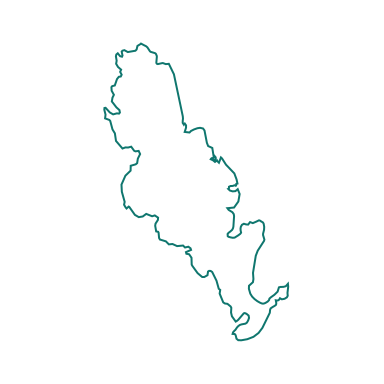 outline of Dumfries and Galloway, rotated 255°
{"feature_id": "GBR-2138", "entity_name": "Dumfries and Galloway", "entity_type": "Unitary District", "adm_level": 1, "iso_a3": "GBR", "parent_name": "United Kingdom", "parent_adm1": "", "projection": "equal_earth", "projection_center": [-4.095, 55.048], "detail": "fine", "context": "isolated", "style": "outline", "palette": "teal", "viewbox_px": 384, "rotation_deg": 255, "n_neighbors": 0, "source": "natural_earth", "source_scale": "10m", "svg_char_len": 4016}
<svg xmlns="http://www.w3.org/2000/svg" viewBox="0 0 384 384"><g transform="rotate(255 192 192)"><path d="M348.5,181.2L345.6,184.3L345.1,185.0L344.1,185.8L343.1,186.4L338.8,187.8L338.1,188.3L335.9,191.9L335.4,192.5L334.7,192.9L332.5,193.2L331.6,193.0L326.4,191.1L325.7,191.0L324.9,191.3L324.4,192.1L324.2,196.4L324.1,197.2L322.3,199.8L321.8,202.8L310.4,205.0L267.6,202.7L265.3,202.3L263.2,201.5L261.2,200.9L259.3,201.5L259.7,201.8L259.8,201.9L259.9,202.0L260.1,202.7L257.9,203.5L255.7,202.9L251.9,200.5L250.1,205.0L251.2,206.8L251.9,210.1L252.2,213.7L251.9,216.4L250.5,219.1L248.2,220.0L235.7,219.1L232.2,219.5L229.3,223.0L219.7,222.0L220.1,222.8L220.7,223.2L219.4,223.8L218.4,223.7L217.6,223.0L216.9,222.0L218.4,219.9L219.1,220.1L219.7,220.9L219.5,219.7L219.3,219.2L218.8,218.6L217.2,220.5L215.1,222.0L215.8,223.7L216.1,224.3L215.2,224.5L213.3,225.6L217.9,228.9L216.6,229.7L209.6,231.9L199.0,237.7L192.6,238.3L188.4,238.1L188.4,236.9L187.9,236.7L187.5,236.6L187.0,236.3L186.7,235.9L187.1,235.4L187.5,234.8L187.5,234.7L187.3,233.0L187.8,230.8L187.5,229.1L185.7,228.5L185.6,227.8L183.6,229.0L182.1,231.4L181.6,234.2L182.9,236.9L177.7,237.5L170.8,234.3L166.1,228.6L167.2,222.0L165.2,222.8L162.0,225.8L159.8,226.6L157.8,226.4L147.8,223.0L146.2,222.1L145.0,220.9L143.8,218.5L143.1,216.7L142.2,215.5L140.0,215.1L139.2,215.8L138.2,217.5L137.2,219.6L136.9,221.4L138.1,225.3L139.1,227.8L140.0,228.9L142.2,229.0L144.1,229.4L145.8,230.2L147.4,231.8L147.9,233.9L146.7,235.8L146.0,237.8L147.9,240.3L146.2,242.7L146.7,246.2L147.3,249.4L146.4,250.7L145.7,251.1L145.0,251.9L144.1,252.7L142.7,253.0L139.6,252.7L136.8,251.8L133.4,249.9L132.1,249.5L127.3,249.6L126.1,248.9L118.3,240.3L113.9,237.1L98.1,230.0L92.0,228.8L89.1,227.5L86.7,222.8L83.8,221.9L78.7,222.0L75.4,223.0L72.4,224.7L69.7,226.8L67.6,228.9L66.4,230.4L65.9,231.3L65.7,232.2L65.7,233.4L66.0,234.8L66.6,236.8L67.7,238.5L69.0,239.2L69.9,241.0L71.4,245.0L73.6,248.9L77.4,251.3L77.4,252.8L76.7,255.8L76.7,257.4L76.7,258.2L78.5,260.9L75.6,260.4L69.8,258.1L67.0,257.6L65.7,256.4L64.9,253.8L65.1,251.0L66.6,249.5L65.6,248.5L65.1,247.4L65.1,246.2L65.7,244.9L63.2,244.7L62.1,244.4L61.2,243.8L60.6,242.3L60.0,240.0L59.2,237.8L57.9,236.9L55.2,235.9L42.5,224.8L38.6,219.8L36.2,213.9L35.5,207.3L36.0,201.3L36.9,198.3L38.8,197.0L41.7,197.1L43.2,196.9L43.8,196.4L44.4,194.5L45.8,195.3L47.1,197.2L47.5,198.1L49.5,200.4L50.5,202.0L51.2,203.8L51.3,205.6L51.0,209.6L51.6,211.2L53.4,213.0L55.6,214.5L58.0,214.7L60.4,213.0L60.8,212.3L61.4,211.7L61.4,210.6L56.6,203.6L55.9,202.1L55.5,200.7L61.6,198.4L65.4,198.5L70.0,200.0L71.4,199.7L74.8,197.3L75.8,194.9L77.3,193.6L86.7,192.4L90.1,193.9L91.6,192.8L100.0,192.7L109.5,190.8L110.9,189.6L111.4,188.1L111.0,186.9L107.6,185.4L106.7,181.8L107.3,179.8L112.2,176.4L120.3,173.3L121.9,172.9L128.6,174.5L131.5,173.5L132.7,173.0L133.8,170.6L135.5,170.6L136.3,176.1L138.0,176.0L140.1,174.3L140.2,170.9L142.6,169.5L143.6,163.6L146.8,159.7L147.4,156.1L151.1,154.0L154.4,148.7L156.1,148.3L161.4,149.2L162.3,149.0L163.2,147.2L168.9,147.7L170.9,148.6L173.8,151.8L176.0,152.6L179.0,150.0L178.9,147.2L182.7,142.1L181.1,138.1L181.5,134.1L184.7,130.9L193.7,127.6L194.3,127.1L193.0,124.5L194.3,123.9L196.4,123.3L197.3,123.1L199.9,124.4L210.4,124.3L217.4,125.8L225.0,131.9L228.5,138.2L233.2,139.6L233.3,144.8L234.1,146.5L238.2,148.3L242.1,151.7L245.5,151.1L245.9,147.9L246.8,146.8L251.5,145.0L251.5,141.8L252.3,139.2L252.0,136.1L261.0,131.8L268.6,132.7L273.0,131.4L281.8,131.4L283.0,130.8L285.6,127.1L289.1,128.5L294.2,128.6L295.8,129.2L295.7,130.3L290.1,133.2L287.4,135.9L287.4,139.8L286.6,141.8L287.4,142.9L289.9,143.1L293.3,140.9L300.2,138.0L303.7,139.6L306.1,141.7L310.6,140.6L314.1,141.3L314.9,142.3L314.9,145.0L320.5,148.8L322.2,151.1L322.0,153.1L323.5,154.4L326.6,153.7L328.5,155.2L331.9,152.9L335.5,151.9L338.3,153.2L342.7,153.6L344.4,154.5L345.2,156.2L341.8,157.7L340.8,159.4L341.8,160.2L345.8,160.4L346.5,161.4L346.5,163.4L343.8,166.2L343.1,173.9L344.0,175.4L347.2,177.1L348.4,181.1L348.5,181.2Z" fill="none" stroke="#0f766e" stroke-width="2"/></g></svg>